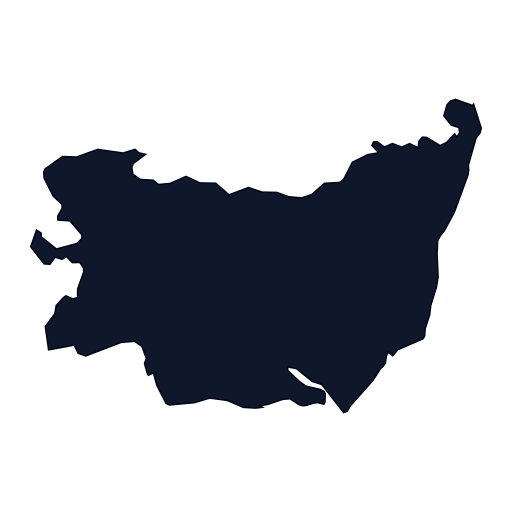 SVG path tracing the border of Suffolk
{"feature_id": "GBR-2318", "entity_name": "Suffolk", "entity_type": "Administrative County", "adm_level": 1, "iso_a3": "GBR", "parent_name": "United Kingdom", "parent_adm1": "", "projection": "orthographic", "projection_center": [1.069, 52.241], "detail": "fine", "context": "isolated", "style": "filled", "palette": "ink", "viewbox_px": 512, "rotation_deg": 0, "n_neighbors": 0, "source": "natural_earth", "source_scale": "10m", "svg_char_len": 2034}
<svg xmlns="http://www.w3.org/2000/svg" viewBox="0 0 512 512"><path d="M473.6,104.1L481.3,128.3L480.0,133.0L476.1,138.0L468.4,165.0L468.7,170.0L468.0,175.0L454.3,212.4L444.4,230.8L441.0,234.7L437.7,240.6L437.1,253.9L438.1,277.3L436.4,287.4L430.8,305.3L429.7,314.7L425.2,328.7L424.7,335.9L423.1,338.8L398.0,349.6L392.7,355.8L387.9,352.1L386.3,356.4L385.4,363.1L382.9,366.6L380.7,368.4L373.0,380.4L350.7,405.4L347.2,411.2L343.6,412.6L321.8,384.5L312.3,381.5L296.4,368.6L287.7,366.9L287.7,370.4L299.1,381.2L305.8,386.1L320.5,389.5L323.8,391.2L325.2,393.5L325.0,401.9L323.9,404.2L317.4,402.6L313.7,403.1L306.8,405.3L303.0,405.8L299.0,404.7L290.1,398.8L283.0,399.3L267.5,404.5L259.3,405.9L262.3,407.3L255.8,408.1L243.4,407.4L227.0,400.4L209.8,398.1L194.3,402.7L169.3,405.0L166.0,403.3L156.7,385.1L153.5,373.0L148.3,375.3L147.4,373.8L144.5,363.7L146.3,358.5L141.9,346.4L134.6,341.3L121.2,342.4L85.6,356.0L78.1,353.2L74.2,345.1L48.6,349.9L45.3,326.5L54.8,313.7L56.2,305.5L63.1,297.8L65.9,295.8L73.0,299.0L77.6,297.5L77.6,289.0L83.8,271.7L83.4,267.8L79.9,262.5L72.4,262.6L66.4,256.5L62.0,259.3L55.2,257.2L49.9,264.3L44.1,263.9L30.7,246.8L36.5,230.1L41.1,233.0L41.3,236.9L56.4,249.0L77.1,243.4L81.8,238.4L81.9,234.8L69.9,220.9L57.8,220.0L57.7,216.1L62.2,208.2L61.9,204.3L53.2,196.1L44.1,178.1L43.7,172.0L45.1,168.9L62.5,156.5L76.6,157.0L97.7,149.4L123.1,153.0L135.1,149.3L138.8,152.8L145.6,154.3L133.3,163.5L131.8,167.1L132.9,174.3L140.3,179.4L153.1,180.2L158.6,184.5L170.2,183.4L186.0,176.4L199.8,182.9L215.7,183.2L229.0,194.8L248.5,187.5L261.9,192.1L276.8,192.4L288.6,196.7L301.6,197.9L311.8,194.5L324.4,183.3L340.0,182.4L343.8,179.0L352.4,162.2L367.7,154.6L376.9,153.1L377.8,151.7L371.9,145.5L373.5,141.9L377.4,141.9L384.4,147.0L392.5,143.5L401.8,147.1L409.6,143.6L418.1,147.7L418.9,141.3L422.3,137.1L426.6,137.4L440.1,145.5L446.4,142.6L454.7,133.9L456.6,136.8L459.6,133.1L458.9,127.6L451.1,125.1L443.8,115.8L447.0,104.8L450.5,100.9L455.6,99.4L471.8,105.2L473.0,105.1L473.6,104.1Z" fill="#0f172a" stroke="#020617" stroke-width="1.5"/></svg>